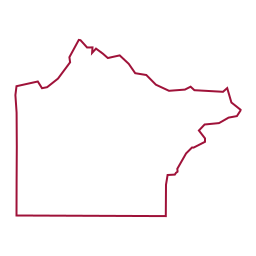 outline of Wright, Minnesota, United States of America
{"feature_id": "52423323B29714862444968", "entity_name": "Wright", "entity_type": "district", "adm_level": 2, "iso_a3": "USA", "parent_name": "United States of America", "parent_adm1": "Minnesota", "projection": "equal_earth", "projection_center": [-93.865, 45.201], "detail": "fine", "context": "isolated", "style": "outline", "palette": "rose", "viewbox_px": 256, "rotation_deg": 0, "n_neighbors": 0, "source": "geoboundaries", "source_scale": "gbopen_adm2", "svg_char_len": 740}
<svg xmlns="http://www.w3.org/2000/svg" viewBox="0 0 256 256"><path d="M16.5,215.5L91.0,215.8L165.8,216.1L166.0,184.7L167.6,175.0L174.8,174.6L176.0,172.8L176.2,172.7L177.5,171.7L177.5,170.4L177.3,168.8L186.1,153.4L192.0,147.5L193.6,147.6L205.0,141.8L205.0,138.4L198.9,130.5L204.6,124.5L219.0,123.1L228.6,117.6L236.9,116.1L240.4,110.7L240.6,109.8L231.4,102.5L227.2,88.1L223.0,91.8L194.4,90.2L190.6,86.7L184.9,89.6L169.0,90.8L155.9,84.7L146.3,75.0L135.2,73.2L128.7,63.8L119.7,55.4L107.8,58.0L102.9,53.7L96.0,48.6L92.1,52.9L92.5,47.4L87.1,47.5L80.5,40.2L78.8,39.9L69.4,57.2L70.1,62.3L58.0,78.6L47.1,87.2L42.0,88.2L37.8,81.5L16.5,86.2L15.4,95.1L16.6,112.7L16.8,146.9L16.6,181.1L16.5,215.5Z" fill="none" stroke="#9f1239" stroke-width="2"/></svg>